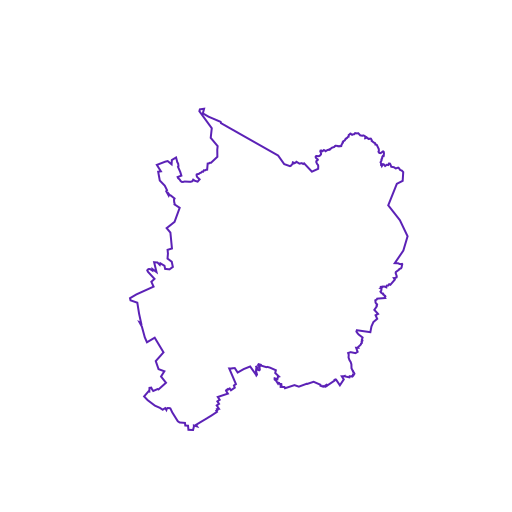 the district of Sinaloa, Sinaloa, Mexico, rotated 328°
{"feature_id": "50627088B88471362672586", "entity_name": "Sinaloa", "entity_type": "district", "adm_level": 2, "iso_a3": "MEX", "parent_name": "Mexico", "parent_adm1": "Sinaloa", "projection": "equal_earth", "projection_center": [-108.03, 26.02], "detail": "fine", "context": "isolated", "style": "outline", "palette": "violet", "viewbox_px": 512, "rotation_deg": 328, "n_neighbors": 0, "source": "geoboundaries", "source_scale": "gbopen_adm2", "svg_char_len": 6140}
<svg xmlns="http://www.w3.org/2000/svg" viewBox="0 0 512 512"><g transform="rotate(328 256 256)"><path d="M328.0,182.5L296.7,124.8L297.1,123.9L297.0,123.4L289.7,112.9L286.5,106.9L290.0,103.6L286.1,101.9L284.7,103.2L286.2,124.2L280.2,131.8L281.7,142.5L279.5,145.3L275.8,151.4L267.2,153.1L266.0,152.4L265.4,152.6L264.0,152.0L260.3,156.9L259.2,156.4L258.2,156.4L257.2,155.7L255.9,156.5L255.1,155.9L253.6,156.2L252.2,155.9L251.0,156.1L249.3,155.4L248.9,155.4L248.5,155.8L248.0,157.2L248.0,158.0L248.8,161.1L245.9,162.0L244.0,159.8L243.2,158.0L241.7,158.9L239.8,158.4L234.9,155.0L233.3,154.5L232.3,153.8L231.8,152.5L231.8,150.7L231.2,148.7L231.4,147.5L235.3,148.3L236.3,144.6L237.1,139.0L237.9,138.7L239.0,136.2L238.9,135.0L240.4,130.1L235.5,130.0L233.0,133.5L231.4,128.7L229.0,127.9L220.2,126.2L220.2,133.8L217.7,132.7L214.4,141.0L215.9,148.0L215.4,153.1L214.2,153.5L214.0,158.0L214.9,157.0L215.1,158.9L215.7,159.3L217.4,164.1L216.3,164.8L215.1,167.1L214.9,168.2L214.2,169.0L216.8,174.7L205.0,183.9L195.0,185.0L195.8,190.8L188.7,205.1L184.3,203.9L182.6,207.3L179.6,211.3L181.5,216.2L179.7,221.2L175.6,221.5L172.1,218.8L173.2,215.8L171.0,211.5L169.7,212.6L169.0,209.3L166.3,207.3L163.1,216.9L161.2,212.1L160.4,213.4L159.2,210.9L157.8,210.1L156.2,210.5L156.0,212.1L157.8,221.6L153.6,222.4L152.9,227.7L134.3,225.2L126.8,225.0L126.1,227.1L130.6,232.7L126.3,242.9L123.0,252.1L122.1,250.6L121.8,255.4L118.6,266.0L117.8,271.4L126.8,271.6L126.5,288.7L115.3,292.0L113.4,300.3L117.2,305.2L111.6,307.9L112.5,315.8L102.6,317.5L102.1,316.7L97.3,316.0L97.2,313.5L97.4,312.1L95.8,311.4L93.7,314.4L93.2,313.8L86.7,315.8L87.7,320.8L91.0,329.4L94.0,333.8L95.4,336.9L98.4,336.9L98.4,339.1L99.6,338.1L100.3,338.0L102.2,339.3L102.6,339.9L102.1,344.3L102.1,354.7L103.0,356.7L107.3,359.9L106.2,362.3L108.4,363.9L106.6,367.6L110.4,370.2L112.9,367.8L113.5,366.8L115.7,369.3L115.7,367.4L133.4,367.7L140.3,367.5L140.4,366.1L141.6,366.2L141.8,365.2L143.6,366.0L143.5,361.9L146.3,361.8L146.2,358.8L149.0,358.7L148.9,355.3L159.2,357.8L159.2,354.3L159.7,354.0L161.5,353.9L161.5,354.5L163.5,354.4L163.6,356.6L168.2,356.4L168.7,354.1L171.1,354.0L173.7,337.2L175.8,338.6L176.1,338.5L178.6,339.8L178.7,345.1L185.8,345.4L192.5,346.6L193.1,356.8L193.0,357.5L194.0,357.1L194.5,355.5L194.2,355.2L194.6,354.8L194.3,354.5L196.1,352.2L196.3,352.4L196.6,351.8L197.0,351.6L197.5,350.0L198.0,350.1L197.7,350.7L197.9,351.9L197.3,352.5L197.4,353.9L198.3,354.7L199.0,354.4L199.6,353.1L200.1,351.2L200.5,351.4L200.7,350.5L200.3,349.4L200.9,349.1L202.5,350.9L202.2,351.6L205.9,355.8L206.9,356.1L208.7,358.1L212.3,363.4L210.3,365.4L211.6,370.4L210.5,370.1L208.8,371.9L207.0,369.6L206.5,370.2L206.7,370.9L206.5,371.1L206.9,371.7L207.0,375.6L207.6,375.1L208.3,375.9L208.1,376.8L209.6,378.0L209.1,379.1L208.4,378.6L207.5,380.1L210.7,382.2L210.5,383.5L220.2,385.9L223.1,389.5L231.2,391.2L231.2,391.4L231.5,391.6L238.2,393.2L242.4,399.3L241.9,400.2L243.6,402.3L244.1,401.9L245.4,403.6L246.4,403.7L246.4,402.6L247.7,402.6L247.8,403.6L256.6,403.3L256.8,403.2L256.9,402.7L257.9,402.7L258.4,403.2L258.6,410.1L265.0,407.2L265.0,403.5L266.6,404.4L267.7,404.7L267.5,405.1L270.9,408.4L271.7,407.6L273.7,409.2L274.1,408.7L274.6,408.9L275.1,408.3L275.3,408.9L277.1,408.0L277.3,406.4L276.9,405.5L277.4,404.6L277.2,404.3L277.5,401.8L279.5,398.4L280.1,396.1L280.1,393.8L280.7,391.1L282.3,388.9L282.7,387.1L285.3,387.7L288.9,391.1L291.4,391.1L292.3,386.9L294.0,388.0L294.0,387.4L297.3,386.8L298.2,386.5L298.7,385.9L299.8,385.8L300.2,384.6L300.9,384.4L300.8,384.2L301.5,383.8L301.3,383.2L303.2,381.6L301.5,377.1L301.2,375.6L301.1,373.3L302.2,372.4L312.6,381.2L316.6,376.9L320.6,374.2L325.5,373.5L326.0,369.6L328.8,369.8L327.8,364.4L331.5,362.8L331.8,362.2L332.2,362.2L332.4,361.6L333.0,361.3L333.0,360.7L332.7,359.9L332.7,358.9L333.7,356.8L335.3,356.9L336.2,356.4L343.3,360.1L343.4,359.2L343.8,358.6L344.3,358.7L344.4,358.3L343.6,356.4L343.8,356.3L343.8,355.4L343.5,355.4L342.6,353.1L342.7,352.1L343.7,351.9L344.9,350.5L345.1,350.2L344.5,349.3L345.0,349.3L345.5,348.3L345.9,348.4L346.6,349.3L347.5,349.1L347.8,349.5L348.7,349.9L349.9,351.6L350.5,350.8L351.3,350.4L352.5,351.1L354.0,350.5L354.7,351.6L361.2,349.6L361.2,347.8L362.3,348.4L363.6,348.4L363.8,348.6L364.3,348.3L364.7,347.5L365.4,344.4L366.1,343.7L370.0,343.4L370.6,343.0L372.4,343.3L373.3,342.9L375.7,340.4L375.7,340.1L374.1,339.4L373.4,338.7L372.8,337.6L369.9,335.6L383.8,329.5L395.0,319.6L397.0,301.9L395.0,283.1L413.7,269.4L420.2,270.0L425.3,262.9L425.0,261.0L423.8,259.3L423.8,257.5L423.4,256.4L420.9,255.8L420.0,253.8L418.0,252.0L418.5,249.5L418.5,248.6L417.8,248.0L416.3,248.9L415.2,247.9L413.2,248.1L412.9,245.9L412.4,245.4L410.4,246.4L410.5,245.9L410.2,245.3L410.7,244.4L411.1,244.2L411.3,242.5L413.1,241.5L413.3,240.8L413.9,240.3L414.5,240.3L415.4,239.0L416.1,238.6L416.8,238.9L417.0,238.4L417.5,238.6L419.0,236.6L419.5,235.3L419.2,234.6L416.2,234.8L415.2,234.0L415.1,232.5L415.9,232.0L416.8,230.3L417.3,225.8L416.3,224.7L416.7,224.2L416.7,223.1L416.2,222.6L415.1,219.7L415.5,219.3L415.6,217.4L415.0,216.9L414.0,216.7L413.8,216.3L413.4,216.3L412.7,213.9L411.5,214.2L411.0,214.0L412.0,212.8L411.9,212.2L411.1,210.8L410.7,210.5L409.9,210.4L408.3,208.9L407.8,206.1L406.5,205.5L405.2,204.3L403.9,204.8L402.7,204.2L402.0,204.3L401.5,203.9L401.1,202.3L400.7,202.2L399.8,202.5L398.8,202.5L397.8,203.8L397.5,203.6L395.6,204.2L395.2,204.0L394.6,204.3L394.1,204.1L392.6,205.0L390.5,205.0L390.0,205.7L389.6,205.6L389.3,206.1L387.6,206.9L386.6,207.9L386.3,207.6L385.2,207.5L384.8,206.8L383.8,206.6L383.6,206.0L382.0,204.7L381.7,204.8L381.3,204.6L380.2,205.0L377.7,204.4L375.7,204.7L375.0,204.4L374.6,204.9L372.9,204.0L370.5,204.0L370.2,202.8L369.7,202.1L367.9,202.4L367.3,201.1L366.6,200.8L366.0,201.3L365.6,203.4L364.9,204.3L362.9,204.8L361.8,204.4L360.1,203.1L359.2,203.4L358.9,204.0L358.9,205.1L359.4,206.4L359.5,207.0L359.0,207.4L357.5,207.5L356.9,208.2L356.6,210.1L356.8,211.8L356.4,212.8L354.9,215.0L348.1,214.1L345.9,202.9L344.8,203.0L344.0,201.5L341.8,200.7L340.2,197.5L338.9,197.9L338.1,197.6L336.9,196.1L336.6,196.4L336.6,197.4L335.9,197.2L333.1,198.0L332.4,197.8L328.6,193.0L328.0,182.5Z" fill="none" stroke="#5b21b6" stroke-width="2"/></g></svg>